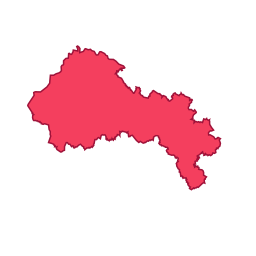 the district of Arteaga, Michoacán, Mexico, rotated 222°
{"feature_id": "50627088B17645051575060", "entity_name": "Arteaga", "entity_type": "district", "adm_level": 2, "iso_a3": "MEX", "parent_name": "Mexico", "parent_adm1": "Michoacán", "projection": "robinson", "projection_center": [-102.407, 18.388], "detail": "fine", "context": "isolated", "style": "filled", "palette": "rose", "viewbox_px": 256, "rotation_deg": 222, "n_neighbors": 0, "source": "geoboundaries", "source_scale": "gbopen_adm2", "svg_char_len": 5873}
<svg xmlns="http://www.w3.org/2000/svg" viewBox="0 0 256 256"><g transform="rotate(222 128 128)"><path d="M221.8,91.3L219.6,89.4L218.0,78.7L217.4,77.5L210.0,75.5L209.0,74.7L208.7,75.2L208.1,74.7L207.0,74.8L207.3,73.7L205.9,71.9L204.1,70.7L203.0,70.5L201.7,71.8L200.9,71.9L200.0,72.8L199.0,72.6L197.7,73.8L197.1,73.2L196.3,73.7L195.6,73.7L195.3,73.2L194.6,73.5L193.5,74.0L192.8,75.4L189.1,77.1L185.6,74.1L183.3,73.3L181.5,71.1L180.0,70.3L177.3,64.0L174.4,65.5L172.2,66.2L171.5,65.7L170.6,66.1L170.0,65.0L169.4,65.7L168.4,65.6L168.2,66.1L167.9,65.1L166.4,64.5L162.0,65.1L161.3,65.9L161.0,67.7L160.3,68.9L162.8,71.8L164.1,75.8L163.2,76.6L161.3,76.2L160.3,77.1L157.5,76.4L157.2,77.7L156.3,78.1L155.4,77.0L154.7,77.1L154.3,77.7L154.3,79.0L153.3,79.7L153.2,82.2L152.4,84.2L149.5,83.9L148.5,84.4L147.5,83.5L146.2,83.5L145.6,83.0L145.2,85.7L144.3,86.4L144.1,87.2L143.6,87.2L143.7,87.6L142.8,88.0L142.5,90.2L141.7,89.9L141.8,92.2L142.8,93.0L142.8,93.8L144.9,97.2L143.6,98.4L143.8,100.4L143.4,101.3L141.3,101.5L142.8,104.2L142.8,105.2L142.5,106.0L141.8,106.1L140.6,107.5L138.7,107.0L137.0,105.2L136.6,105.9L136.0,105.2L135.7,105.9L135.1,105.5L134.1,105.7L133.6,106.7L133.9,107.2L133.5,106.8L133.6,107.5L132.9,107.4L132.3,108.2L132.7,109.1L132.1,108.7L131.8,109.1L130.9,109.2L131.5,109.9L130.9,110.1L131.0,110.8L130.4,111.0L130.8,111.2L130.7,112.0L131.3,111.8L131.6,112.3L130.9,114.8L131.5,116.0L130.6,116.3L130.0,117.1L129.1,116.9L130.0,117.7L130.0,118.5L131.8,119.9L130.1,120.7L130.2,121.7L126.5,123.7L125.9,123.5L125.5,124.9L124.9,124.0L124.1,124.0L121.7,122.0L120.8,123.0L121.0,123.9L119.9,125.5L113.4,124.4L110.3,124.5L109.9,126.3L106.6,126.9L106.0,127.7L105.9,128.6L105.2,129.0L105.1,130.7L104.6,131.7L103.9,132.0L103.9,133.3L103.2,134.1L102.8,134.0L102.7,135.0L101.8,135.5L101.9,136.1L101.2,136.0L102.9,138.4L102.4,140.7L101.0,142.0L99.8,142.3L99.3,141.6L97.8,141.5L97.6,140.8L96.2,140.5L95.6,139.8L95.6,139.1L94.7,138.7L95.1,138.1L94.8,137.4L94.5,137.6L93.5,136.9L92.6,137.4L91.7,137.3L91.9,137.7L90.8,137.7L89.5,138.5L88.6,138.4L87.9,139.0L87.2,138.8L86.0,139.9L84.9,139.9L84.1,139.3L84.7,139.0L84.4,137.0L83.1,136.3L81.7,136.4L80.7,135.6L77.4,137.0L75.9,138.5L74.5,138.5L72.9,137.6L72.5,138.2L72.1,138.0L72.1,138.6L71.8,138.3L71.6,138.8L70.7,139.2L70.2,138.9L69.0,136.6L68.3,136.6L68.6,135.4L68.2,133.7L67.4,133.5L66.4,132.4L63.4,131.3L61.9,131.5L60.4,129.6L59.6,130.1L56.5,127.5L56.1,128.3L55.1,128.5L55.2,128.1L53.5,127.5L53.4,128.1L51.9,129.1L51.6,129.8L50.8,129.6L50.3,128.4L49.8,128.7L49.8,128.0L48.9,127.8L48.3,127.0L47.5,127.6L46.7,126.9L46.1,127.3L45.9,126.3L45.1,125.8L44.3,126.0L43.3,125.4L42.2,125.9L41.8,124.2L39.6,124.6L39.1,127.3L38.3,127.2L38.1,128.3L37.2,129.2L37.1,130.5L36.1,130.9L35.6,136.8L35.1,138.0L34.1,138.4L35.9,139.6L36.7,140.7L36.9,141.2L36.4,141.6L36.9,142.3L37.0,144.2L40.2,143.5L42.1,145.6L43.6,146.4L45.1,146.4L47.8,144.6L48.6,145.9L49.3,146.1L50.2,145.3L50.8,146.2L51.9,144.8L52.2,143.7L52.5,144.2L53.2,144.1L53.2,145.3L54.2,144.5L54.7,144.7L54.8,145.3L54.2,146.0L54.3,147.0L55.5,147.7L55.8,148.3L54.5,149.8L55.7,150.6L54.8,151.1L54.7,151.8L55.0,152.1L56.2,152.0L56.5,152.6L56.0,153.2L55.1,153.1L54.9,153.6L55.6,154.1L57.4,153.2L57.9,153.7L56.9,156.1L57.0,157.5L56.5,158.2L56.9,158.8L56.6,160.2L55.1,159.2L53.8,159.6L53.3,158.5L52.7,159.3L53.2,160.8L51.6,160.6L50.8,161.4L50.2,161.0L49.5,162.6L48.1,162.8L47.7,164.7L48.2,166.3L46.8,167.0L46.3,168.5L48.4,170.3L48.1,171.4L48.7,172.2L48.4,172.7L47.4,172.9L47.9,174.2L47.6,176.0L49.1,178.5L52.2,180.2L52.2,181.9L54.6,181.3L54.6,180.8L55.1,180.6L54.8,179.7L55.9,178.1L58.4,178.8L62.4,177.9L63.4,176.8L65.0,178.3L65.1,179.5L64.9,181.0L64.0,181.6L63.0,183.7L66.4,184.3L69.8,185.4L72.0,187.8L72.7,187.8L73.0,188.5L73.2,187.8L74.1,187.4L75.1,187.2L75.9,187.7L76.1,186.1L77.8,185.5L76.3,181.9L77.9,181.3L78.4,180.7L78.3,180.2L79.8,179.9L80.3,178.8L82.2,178.2L82.4,176.1L83.9,178.1L86.9,176.7L86.3,178.8L87.2,179.2L88.1,181.7L87.6,185.0L87.9,185.5L90.6,186.1L90.6,185.6L90.1,185.3L90.5,184.3L93.4,184.1L94.9,182.5L96.2,182.9L97.2,184.1L97.3,185.7L98.0,186.6L98.5,186.7L98.0,189.6L99.2,191.1L98.9,191.7L99.4,192.0L101.0,191.1L100.5,190.6L100.7,189.8L102.4,191.6L107.4,189.6L109.1,190.0L109.9,189.0L112.0,189.6L111.5,188.6L111.9,187.0L111.7,186.2L115.7,185.2L116.4,185.6L116.9,184.8L117.1,183.1L116.2,182.5L116.9,181.0L116.4,180.2L115.5,180.4L114.4,179.6L115.0,175.8L116.6,175.3L117.1,175.6L117.1,176.1L118.8,175.8L120.8,176.6L123.3,175.8L123.3,173.5L124.3,174.8L126.8,174.4L127.3,174.8L128.8,173.6L134.1,172.9L134.5,171.8L134.1,171.2L134.4,167.8L133.1,166.4L133.8,165.5L133.0,163.7L137.0,161.4L138.5,161.4L138.9,161.8L139.6,161.3L141.3,161.2L142.2,161.9L143.0,161.6L143.5,164.0L145.1,164.7L145.4,165.3L146.0,165.1L146.7,165.6L147.8,164.6L149.4,163.9L148.4,163.3L148.5,162.7L147.8,162.3L146.8,158.0L147.2,157.5L151.2,158.3L151.5,157.9L153.8,159.1L154.4,158.9L154.4,157.7L156.4,158.3L156.9,157.7L157.8,158.1L157.9,158.5L158.6,158.1L159.3,158.9L161.9,158.8L162.2,159.3L166.1,160.6L169.9,159.3L170.3,160.0L172.4,160.0L173.0,161.1L173.7,160.2L173.9,162.1L174.5,162.8L174.0,163.0L173.7,164.0L173.2,163.0L172.9,163.1L173.4,164.8L173.1,165.9L173.4,166.6L172.5,167.0L171.2,166.4L170.8,167.0L172.9,168.0L170.9,169.8L170.7,170.6L172.8,171.1L177.6,169.3L181.6,169.6L184.7,169.2L187.9,166.5L189.4,166.4L191.6,167.8L193.1,167.2L195.1,167.7L199.2,166.6L200.0,165.6L199.2,162.4L200.1,161.3L200.7,161.1L204.3,162.3L206.8,161.2L208.5,161.4L210.0,159.5L212.5,158.6L212.9,158.0L212.4,155.1L214.3,151.7L216.9,154.9L219.2,155.4L220.4,155.1L220.6,154.2L218.2,153.1L216.9,151.6L220.8,149.3L219.8,147.8L219.2,145.0L219.8,144.4L221.6,144.2L221.9,143.6L219.1,140.0L220.7,138.1L220.9,134.9L218.5,132.2L218.4,131.6L219.0,130.3L218.7,128.8L216.0,126.2L215.7,124.8L216.1,122.9L217.7,120.2L218.6,117.4L221.0,115.3L216.2,108.9L215.7,104.3L217.1,96.3L221.2,92.8L221.8,91.3Z" fill="#f43f5e" stroke="#9f1239" stroke-width="1.5"/></g></svg>